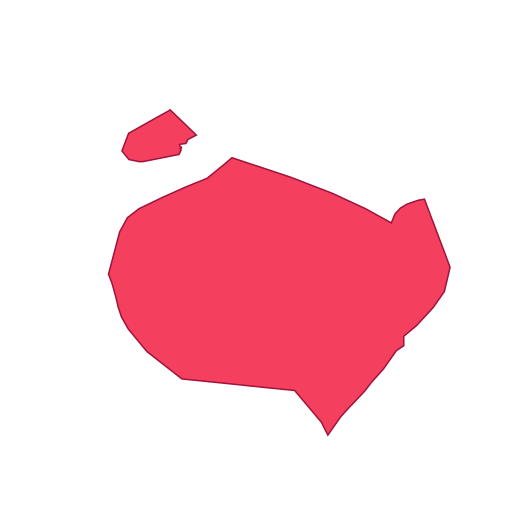 outline of Radman, Al Bayda', Yemen, rotated 305°
{"feature_id": "15242507B86992417351201", "entity_name": "Radman", "entity_type": "district", "adm_level": 2, "iso_a3": "YEM", "parent_name": "Yemen", "parent_adm1": "Al Bayda'", "projection": "orthographic", "projection_center": [45.286, 14.484], "detail": "fine", "context": "isolated", "style": "filled", "palette": "rose", "viewbox_px": 512, "rotation_deg": 305, "n_neighbors": 0, "source": "geoboundaries", "source_scale": "gbopen_adm2", "svg_char_len": 1544}
<svg xmlns="http://www.w3.org/2000/svg" viewBox="0 0 512 512"><g transform="rotate(305 256 256)"><path d="M267.3,428.5L275.0,423.1L291.0,427.4L302.0,428.9L307.8,429.7L315.6,430.7L334.4,430.7L334.8,430.7L335.6,430.4L335.9,430.3L347.0,425.9L358.0,421.5L365.8,410.3L377.7,392.8L385.7,381.2L385.8,381.0L385.9,380.8L399.2,361.4L394.6,356.8L388.4,352.3L386.7,351.1L385.2,350.0L383.5,349.2L378.1,346.8L370.4,345.7L360.7,347.8L359.7,338.1L359.1,333.0L357.5,318.0L356.7,313.8L355.0,304.2L352.4,289.7L352.1,287.8L351.1,282.5L344.2,254.5L340.5,239.5L322.7,179.9L313.6,177.6L292.2,171.5L291.6,171.4L280.6,164.2L276.9,161.9L272.8,159.2L262.9,153.2L262.1,152.8L251.1,146.2L247.6,144.2L238.1,138.9L234.7,137.0L227.8,133.1L213.7,128.7L210.0,129.1L197.5,130.5L156.5,145.6L151.2,153.5L146.8,158.9L141.7,165.0L135.2,172.3L128.8,180.9L122.7,193.8L121.6,198.0L115.1,221.7L115.1,222.2L114.3,236.9L112.8,265.8L129.1,295.0L143.0,319.9L145.2,324.0L151.3,334.9L152.5,337.1L168.0,364.8L157.3,405.0L150.5,417.6L172.5,417.6L186.3,419.3L187.1,419.5L207.9,422.6L217.8,423.0L222.3,423.5L234.0,424.9L236.6,425.2L243.9,425.2L257.8,425.3L259.0,425.3L267.3,428.5ZM326.5,101.7L325.8,101.7L316.4,97.1L312.3,95.1L283.6,81.3L281.7,81.7L267.2,85.4L265.2,85.9L263.6,91.3L262.1,96.5L264.5,102.0L266.3,106.3L268.6,109.4L294.2,133.9L294.9,134.7L299.9,133.9L300.1,132.5L300.7,132.2L301.9,133.0L302.4,132.3L302.1,131.4L302.7,130.1L303.1,129.6L304.0,129.7L304.6,130.4L307.9,134.0L310.6,133.8L312.0,133.2L320.8,137.8L326.5,101.7Z" fill="#f43f5e" stroke="#9f1239" stroke-width="1.5"/></g></svg>